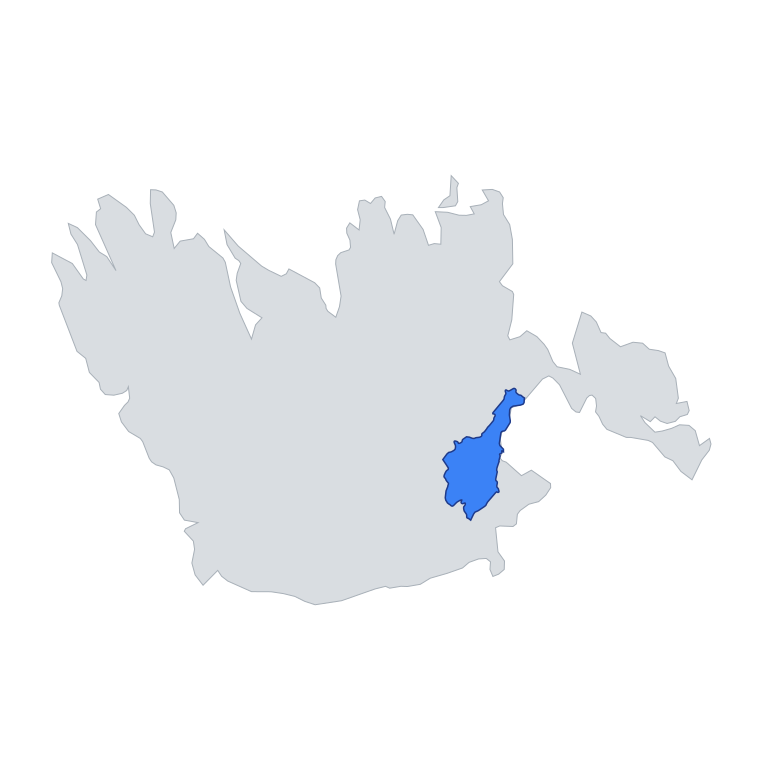 location of Cavan within Ireland, rotated 85°
{"feature_id": "IRL-79", "entity_name": "Cavan", "entity_type": "County", "adm_level": 1, "iso_a3": "IRL", "parent_name": "Ireland", "parent_adm1": "", "projection": "mercator", "projection_center": [-7.418, 54.036], "detail": "fine", "context": "in_parent", "style": "filled", "palette": "blue", "viewbox_px": 768, "rotation_deg": 85, "n_neighbors": 0, "source": "natural_earth", "source_scale": "10m", "svg_char_len": 6658}
<svg xmlns="http://www.w3.org/2000/svg" viewBox="0 0 768 768"><g transform="rotate(85 384 384)"><path d="M481.1,110.6L465.6,121.6L463.2,125.8L458.8,142.5L458.3,147.3L448.6,165.9L443.1,169.7L434.9,172.7L430.2,175.7L424.4,174.2L416.9,174.4L413.2,177.7L413.4,180.3L415.6,183.2L429.4,191.7L428.6,195.2L424.7,199.2L400.1,209.2L392.8,215.2L390.3,219.1L392.9,225.7L412.5,245.6L415.8,247.7L418.7,259.2L436.0,264.0L443.1,271.2L449.1,272.9L462.4,272.3L467.7,275.0L470.7,272.9L472.5,269.1L487.3,255.1L482.7,244.7L497.7,226.8L501.8,227.0L508.8,232.5L514.6,240.1L516.4,250.2L521.9,259.4L525.4,262.5L534.9,264.3L537.2,267.9L535.5,281.1L536.9,285.4L561.1,285.1L570.8,279.4L579.2,280.4L583.4,286.3L585.2,292.3L578.0,294.6L570.4,293.4L566.7,297.3L566.5,305.0L569.1,314.8L574.1,321.8L578.1,337.5L581.5,354.9L586.7,365.3L587.8,378.3L587.0,384.7L587.9,396.1L585.7,400.1L587.4,410.8L596.2,445.2L597.9,471.9L593.6,481.9L587.8,491.4L584.0,502.6L581.1,514.7L579.3,534.1L566.7,556.8L561.4,562.5L555.2,565.9L568.7,581.8L557.7,588.8L545.6,591.0L532.2,587.1L523.9,587.6L513.3,595.8L510.9,594.3L505.9,581.3L502.2,594.7L494.5,598.9L481.3,598.0L459.3,601.6L450.8,605.4L447.3,611.3L444.7,618.2L441.3,622.3L437.4,624.4L420.4,629.4L417.0,631.5L409.1,642.5L398.8,648.9L390.3,650.8L382.7,644.4L379.5,640.5L376.0,638.6L364.4,638.9L368.0,640.8L370.4,645.4L371.6,654.1L370.2,662.6L364.5,666.9L357.6,667.7L346.8,676.5L332.5,678.9L324.7,687.0L277.3,700.6L274.7,700.8L268.1,697.3L261.0,695.8L254.0,696.9L234.1,704.5L224.5,703.0L236.8,684.0L253.2,674.4L254.9,671.8L249.6,670.5L218.3,677.2L207.4,682.8L196.5,684.5L201.5,675.8L215.6,663.9L227.7,656.1L232.9,649.1L247.7,641.1L200.1,657.5L187.6,655.5L184.7,651.0L174.9,653.1L171.2,642.0L185.6,625.2L194.1,618.0L204.0,614.1L213.6,608.4L217.2,601.6L212.7,599.4L183.9,601.1L170.1,599.6L170.8,594.2L173.4,588.1L187.7,577.8L195.4,576.1L202.3,577.1L214.5,583.2L230.7,581.2L223.9,574.6L222.7,561.1L217.6,556.6L224.2,550.3L231.8,546.5L244.4,533.5L248.9,531.5L273.9,528.4L300.9,521.5L327.7,512.1L313.9,506.8L307.4,499.8L296.8,513.9L289.2,519.3L267.8,522.2L261.0,520.6L251.4,516.2L248.4,517.9L245.7,521.3L231.5,528.2L216.5,529.8L233.9,517.2L255.9,495.6L260.8,488.8L267.8,477.0L265.7,471.7L261.1,468.7L277.1,444.2L282.7,439.7L292.9,439.0L300.4,435.1L303.7,435.1L306.7,433.6L313.3,426.2L303.1,421.6L292.7,419.1L260.3,421.7L256.0,421.1L252.0,418.9L249.4,415.6L247.4,407.2L245.0,405.4L237.7,405.4L230.5,407.9L225.5,407.7L220.5,404.0L228.4,395.4L218.3,393.4L208.0,395.1L199.4,392.5L199.1,387.1L203.0,381.7L197.9,376.6L196.9,370.1L202.3,366.9L208.2,368.0L220.3,363.2L235.7,360.9L222.5,356.1L217.2,352.1L217.0,345.9L218.0,340.6L233.4,331.6L249.7,327.6L248.5,321.7L249.7,315.2L233.1,313.4L216.8,317.9L218.5,305.6L222.4,294.5L223.2,287.1L222.4,279.3L214.8,282.6L213.9,271.5L210.6,263.9L199.3,269.2L199.6,259.1L202.8,252.1L208.8,249.0L214.6,250.3L225.6,250.2L236.1,244.9L251.3,243.5L275.5,245.2L292.1,260.1L296.4,257.5L303.1,248.0L306.2,247.0L331.2,251.1L346.8,256.5L351.0,254.8L348.7,244.4L343.4,237.1L350.1,227.6L358.3,221.1L363.8,217.9L376.4,213.8L381.9,210.1L385.6,197.7L391.4,187.5L359.7,192.8L329.6,180.6L334.3,172.0L340.7,167.1L351.7,163.3L352.7,158.8L358.3,155.1L367.5,145.2L364.1,132.3L365.9,122.8L372.5,116.7L374.6,107.8L377.5,101.3L391.0,98.9L403.9,92.9L423.8,92.0L428.9,94.5L427.8,83.7L437.1,82.3L440.8,84.5L442.4,92.1L446.6,97.0L448.0,105.4L445.1,111.9L440.3,116.9L444.7,122.0L437.9,131.3L445.2,127.4L455.6,118.3L455.1,110.9L453.3,101.5L450.4,93.1L451.8,83.8L457.6,78.0L472.9,75.1L466.6,64.5L472.3,63.5L478.3,65.7L487.3,74.0L506.3,85.5L497.0,95.8L485.6,102.9L481.1,110.6ZM213.4,309.7L213.0,314.4L205.8,308.4L202.2,301.9L182.3,298.9L190.6,292.4L194.7,294.3L208.7,294.6L212.7,297.3L213.4,309.7Z" fill="#d9dde1" stroke="#a8b0b8" stroke-width="1"/><path d="M410.2,245.2L410.9,245.5L414.8,246.1L416.2,247.2L416.9,249.8L417.3,257.3L418.6,259.8L420.5,261.0L425.8,261.8L431.7,261.4L433.4,261.7L440.5,267.0L441.2,268.1L441.3,269.6L441.7,271.0L442.8,271.8L453.3,274.3L455.4,273.9L459.4,270.7L461.9,270.9L460.8,272.3L461.1,272.6L462.1,272.4L462.9,272.6L463.6,274.1L463.8,274.8L464.3,275.0L465.7,274.6L470.5,276.2L471.5,276.1L471.8,276.4L477.7,278.9L479.8,279.3L481.0,278.9L481.6,278.9L488.5,281.0L489.4,281.0L490.0,280.9L490.8,280.1L491.3,279.8L491.9,279.7L492.7,279.8L495.2,280.5L496.0,280.5L496.7,280.4L498.0,279.4L498.5,279.2L501.0,278.8L501.6,279.0L501.9,279.4L501.9,280.2L501.5,280.7L501.3,281.2L501.9,282.2L510.6,291.1L512.6,292.5L513.2,292.7L514.0,293.4L514.8,294.6L518.4,301.1L518.8,302.2L519.5,304.4L521.1,305.9L527.2,309.5L525.2,311.7L525.0,312.3L524.5,313.0L523.8,313.2L522.4,313.1L521.4,313.1L520.4,313.5L517.5,315.2L515.4,315.5L514.3,315.5L513.4,315.3L513.0,315.0L512.2,314.2L511.7,313.9L511.2,313.6L510.6,313.4L510.1,313.4L509.7,313.6L509.6,314.2L509.8,314.8L510.0,315.4L510.1,316.0L510.0,316.5L509.7,317.0L509.4,317.3L508.8,317.5L508.2,317.5L506.8,316.7L506.3,316.7L506.3,317.3L506.4,317.9L506.6,318.6L507.8,321.2L508.4,322.1L511.2,325.4L511.4,325.9L511.6,326.4L511.5,327.1L511.2,327.6L510.7,328.2L509.9,328.8L509.5,329.5L508.9,330.2L508.1,331.1L505.1,332.6L502.7,332.9L495.9,331.5L491.9,329.5L490.5,329.1L489.7,328.7L489.0,328.5L488.4,328.5L486.4,329.9L485.1,330.6L483.7,331.0L483.0,331.5L482.4,332.0L481.4,332.3L480.1,332.0L477.4,330.5L476.3,329.7L475.6,329.0L475.3,328.4L474.7,327.5L473.3,327.2L469.3,329.3L464.4,332.0L459.1,327.3L457.8,325.5L457.7,324.8L457.7,324.1L457.5,323.2L457.1,322.0L456.2,320.1L455.5,319.2L454.9,318.7L452.9,318.2L451.6,318.2L451.0,318.3L448.7,319.1L448.1,319.2L447.3,319.1L447.0,318.7L447.0,318.2L447.1,317.6L447.6,316.5L447.8,316.0L448.2,315.6L448.6,315.3L449.1,315.2L449.6,315.0L449.7,314.5L449.6,313.7L449.3,312.9L448.7,311.7L448.0,311.2L446.6,310.8L446.0,310.2L445.6,309.6L443.8,306.4L444.4,303.6L445.8,300.7L446.0,299.7L446.1,298.9L445.9,298.3L445.6,297.4L445.5,297.0L445.4,293.9L445.3,293.1L445.0,292.5L444.8,291.9L444.3,291.3L443.7,291.0L443.2,291.0L442.6,291.0L442.0,290.7L440.3,288.1L437.6,285.6L436.2,284.6L434.3,282.4L430.0,278.2L429.2,277.8L428.0,277.6L427.2,277.3L425.6,276.2L424.9,276.0L424.3,276.1L423.9,276.3L423.6,276.8L423.4,277.3L423.3,278.0L422.8,278.2L422.0,277.9L410.7,266.7L409.4,265.7L407.2,265.2L406.4,264.8L404.8,263.7L404.3,263.5L403.8,263.4L401.9,263.8L401.0,263.7L400.7,263.5L400.6,263.1L400.7,262.6L401.2,261.9L401.5,261.4L401.8,260.8L401.8,260.2L401.6,259.4L399.9,255.7L399.7,255.0L399.8,254.4L400.1,253.9L400.5,253.5L401.0,253.2L401.4,253.0L402.1,253.0L402.6,253.2L403.2,253.3L403.7,253.2L404.2,253.0L404.6,252.7L406.2,251.1L406.5,250.6L406.8,250.1L406.9,249.5L407.1,248.9L407.3,248.4L407.6,248.1L408.7,247.1L409.6,246.0L410.2,245.2Z" fill="#3b82f6" stroke="#1e3a8a" stroke-width="1.5"/></g></svg>